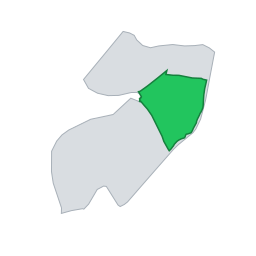 YobokiI, Dikhil, Djibouti shown in context, rotated 194°
{"feature_id": "41766387B74076707162819", "entity_name": "YobokiI", "entity_type": "district", "adm_level": 2, "iso_a3": "DJI", "parent_name": "Djibouti", "parent_adm1": "Dikhil", "projection": "equal_earth", "projection_center": [42.146, 11.584], "detail": "fine", "context": "in_parent", "style": "filled", "palette": "green", "viewbox_px": 256, "rotation_deg": 194, "n_neighbors": 0, "source": "geoboundaries", "source_scale": "gbopen_adm2", "svg_char_len": 1809}
<svg xmlns="http://www.w3.org/2000/svg" viewBox="0 0 256 256"><g transform="rotate(194 128 128)"><path d="M182.9,164.3L175.7,179.4L166.5,198.6L156.1,220.5L149.5,220.6L144.4,219.4L140.9,215.6L133.7,211.6L125.6,211.3L117.9,215.1L104.8,219.8L93.0,221.3L83.5,224.0L75.6,227.0L68.5,225.4L62.3,222.6L61.0,199.3L59.5,174.1L59.7,154.3L61.9,143.5L63.8,139.2L75.0,124.2L78.8,118.1L91.6,93.3L102.5,72.0L110.6,56.1L113.1,52.9L116.6,49.9L119.0,50.8L134.9,66.1L137.7,65.7L143.0,60.9L147.8,44.6L151.2,38.6L152.6,38.7L162.8,34.2L172.0,29.0L173.2,34.4L187.2,56.4L191.7,67.2L196.5,87.0L194.0,98.1L190.4,105.3L185.0,111.7L166.4,127.4L145.7,137.5L132.5,157.6L122.6,156.2L124.1,163.8L127.8,164.7L133.5,163.2L144.9,157.4L155.1,154.6L166.0,154.4L175.9,156.9L182.9,164.3Z" fill="#d9dde1" stroke="#a8b0b8" stroke-width="1"/><path d="M82.5,115.9L81.1,118.2L80.6,119.4L80.2,120.4L79.5,121.8L79.2,123.3L77.3,126.8L75.9,128.5L74.0,130.1L73.8,130.3L70.9,132.1L70.6,132.7L70.2,135.7L69.7,136.3L68.9,136.5L66.4,138.1L65.6,138.8L64.9,141.1L64.6,142.9L64.6,143.2L62.9,149.7L63.1,150.8L63.1,151.2L62.8,153.5L61.7,158.4L61.7,159.4L61.1,160.8L60.5,163.8L60.4,164.9L60.3,165.7L60.4,167.4L62.0,175.8L62.5,178.7L62.6,179.8L63.1,184.7L63.2,191.1L63.3,192.5L63.3,192.8L63.3,193.5L67.0,193.4L68.9,193.9L77.6,192.1L91.4,191.4L97.4,190.0L104.2,189.1L104.2,193.2L111.4,183.6L119.4,173.3L125.2,166.5L126.6,165.8L126.3,165.5L125.9,165.4L125.7,164.8L125.3,164.6L125.1,164.2L122.7,161.8L122.5,161.4L122.6,160.8L123.2,160.3L123.0,159.7L123.2,159.4L123.7,159.4L123.8,159.2L123.6,159.1L123.4,158.4L123.5,158.0L123.4,157.9L123.2,157.6L123.3,156.8L123.1,156.7L122.8,156.9L122.5,156.6L122.4,156.7L122.3,157.1L122.1,157.0L117.7,153.8L113.9,151.2L108.0,146.0L92.9,128.2L90.0,123.7L84.1,117.4L82.5,115.9Z" fill="#22c55e" stroke="#15803d" stroke-width="1.5"/></g></svg>